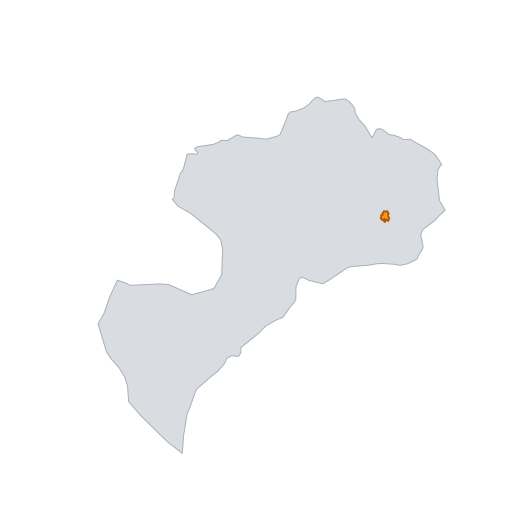 Aizkalnes pag., Preilu, Latvia (highlighted), rotated 313°
{"feature_id": "27541924B10227546219094", "entity_name": "Aizkalnes pag.", "entity_type": "district", "adm_level": 2, "iso_a3": "LVA", "parent_name": "Latvia", "parent_adm1": "Preilu", "projection": "mercator", "projection_center": [26.738, 56.2], "detail": "fine", "context": "in_parent", "style": "filled", "palette": "amber", "viewbox_px": 512, "rotation_deg": 313, "n_neighbors": 0, "source": "geoboundaries", "source_scale": "gbopen_adm2", "svg_char_len": 4120}
<svg xmlns="http://www.w3.org/2000/svg" viewBox="0 0 512 512"><g transform="rotate(313 256 256)"><path d="M364.5,375.8L361.7,375.3L353.9,372.3L347.4,367.7L343.5,361.8L336.7,353.5L332.3,349.3L325.3,344.0L313.6,333.2L309.4,330.7L288.7,326.0L281.2,323.8L274.3,311.5L272.1,304.3L268.7,303.1L265.0,304.6L261.0,306.0L251.7,314.4L248.6,315.6L242.9,315.7L229.4,317.5L223.2,314.5L212.5,311.1L206.7,310.6L201.6,310.7L178.8,307.4L174.7,311.0L170.5,311.6L166.4,306.1L161.3,304.5L155.7,306.4L145.6,306.6L133.5,304.9L118.1,303.5L115.8,304.1L98.8,311.5L94.6,312.6L76.0,325.0L61.4,336.6L59.7,318.1L60.6,280.7L62.7,262.1L72.9,251.2L78.0,242.7L81.0,231.3L81.9,220.7L83.9,212.0L98.7,186.7L110.3,184.0L126.1,177.0L143.8,171.1L147.2,178.5L148.9,184.2L170.2,204.9L175.6,211.8L183.8,235.4L203.5,247.4L219.0,243.6L225.7,237.8L238.1,227.1L243.7,219.3L244.8,211.7L242.6,179.1L239.2,164.9L240.4,156.1L242.6,156.5L247.8,152.2L265.1,144.3L268.6,143.9L272.5,142.3L283.5,136.2L287.0,139.4L289.9,143.1L291.5,143.2L292.3,141.8L292.1,139.4L292.8,137.8L296.0,138.7L308.6,148.7L313.5,151.0L316.8,151.6L320.8,156.3L331.5,159.4L332.9,161.8L333.7,164.8L343.8,177.4L348.3,183.7L357.3,189.4L361.1,190.8L376.8,184.9L381.2,182.9L384.8,182.8L388.5,185.9L396.9,190.1L404.5,191.4L405.9,191.1L412.3,191.5L414.6,193.1L416.1,201.1L423.4,207.3L430.2,212.5L431.9,214.9L432.5,219.5L432.0,224.9L431.2,227.7L428.3,230.9L425.9,239.0L425.5,246.6L421.6,259.9L422.5,260.1L430.7,257.8L433.0,259.1L434.8,262.0L435.4,270.3L438.1,274.1L440.8,279.9L441.7,284.4L446.9,289.7L447.3,293.2L450.5,305.5L451.8,312.5L452.3,317.9L450.8,324.8L449.4,329.5L447.7,329.2L443.0,330.4L435.6,336.0L424.6,349.1L421.7,352.1L418.9,362.0L418.2,363.1L411.7,362.6L410.0,362.4L403.5,362.6L389.5,360.0L384.1,361.7L377.0,371.7L374.2,373.2L365.9,374.6L364.5,375.8Z" fill="#d9dde1" stroke="#a8b0b8" stroke-width="1"/><path d="M368.6,326.6L369.2,326.4L369.3,326.5L369.3,326.8L369.4,326.7L369.6,326.5L369.8,326.7L369.8,326.9L370.0,326.9L369.8,326.2L369.6,326.2L369.9,326.0L370.0,325.9L370.7,325.2L370.7,325.4L370.8,325.4L370.9,325.6L371.0,325.6L371.3,325.7L371.4,325.8L371.4,326.0L371.3,326.3L371.4,326.6L371.4,326.8L371.3,327.0L371.4,327.3L371.5,327.4L371.6,327.5L371.6,327.8L371.6,328.0L371.8,328.1L371.7,328.2L371.8,328.3L371.8,328.5L371.7,328.8L371.9,328.8L371.9,328.7L372.2,328.4L372.7,328.2L372.7,328.3L372.9,328.3L373.0,328.4L373.0,328.5L373.3,328.5L373.3,328.4L373.4,328.2L373.3,327.8L373.5,327.8L373.7,327.7L373.8,327.6L373.8,327.4L374.0,327.4L374.1,327.5L374.2,327.4L374.2,327.2L374.3,326.9L374.5,326.9L374.5,327.0L374.7,326.9L374.8,327.0L374.8,326.9L374.9,326.7L375.0,326.4L375.0,326.5L375.1,326.4L375.1,326.2L375.0,325.9L375.0,325.7L375.3,325.4L375.5,325.3L375.7,325.0L375.8,324.8L375.8,324.6L376.1,324.5L376.9,324.5L377.2,324.5L377.3,324.4L377.3,324.2L377.5,324.0L377.7,323.9L377.8,323.6L378.0,323.3L377.9,323.1L377.8,322.9L377.6,322.7L377.8,322.5L377.7,322.5L377.8,322.4L377.9,322.2L378.0,322.2L378.2,321.4L378.3,321.2L378.0,321.0L377.1,320.8L377.0,320.7L376.9,320.6L376.9,320.4L376.8,320.1L376.6,319.7L376.3,318.9L375.8,319.0L375.5,319.0L375.4,319.1L375.3,319.3L375.4,319.5L375.2,319.4L375.1,319.5L374.8,319.6L374.7,319.7L374.3,319.4L374.1,319.4L374.0,319.5L373.9,319.4L373.9,319.5L373.7,319.5L373.3,319.8L373.2,319.8L373.1,320.0L372.9,320.1L372.7,320.3L372.7,320.2L372.3,320.2L372.1,320.1L371.6,320.2L371.4,320.2L371.5,320.1L371.4,320.0L371.2,320.0L370.9,320.0L370.9,319.9L370.8,320.0L370.7,320.0L370.5,320.3L370.4,320.3L370.2,320.4L370.2,320.5L370.1,320.8L370.1,320.7L370.1,320.8L370.2,321.0L369.7,321.2L369.3,321.2L369.2,321.1L368.9,321.2L368.7,321.2L368.7,321.3L368.7,321.6L368.7,321.8L368.7,322.1L368.8,322.1L368.7,322.1L368.8,322.1L368.7,322.2L368.6,322.3L368.7,322.5L368.4,322.7L368.5,323.0L368.8,322.9L369.1,322.8L369.1,323.0L369.1,323.3L368.9,323.4L368.9,323.5L368.7,323.6L368.8,323.7L368.7,323.7L368.8,323.8L369.4,323.8L369.4,324.0L369.2,324.3L369.1,324.2L368.9,324.1L368.7,324.1L368.7,324.3L368.8,324.6L368.9,324.8L369.0,324.8L368.9,324.9L368.9,325.0L369.0,325.3L368.7,325.7L368.7,325.9L368.6,326.0L368.6,326.5L368.6,326.6Z" fill="#f59e0b" stroke="#b45309" stroke-width="1.5"/></g></svg>